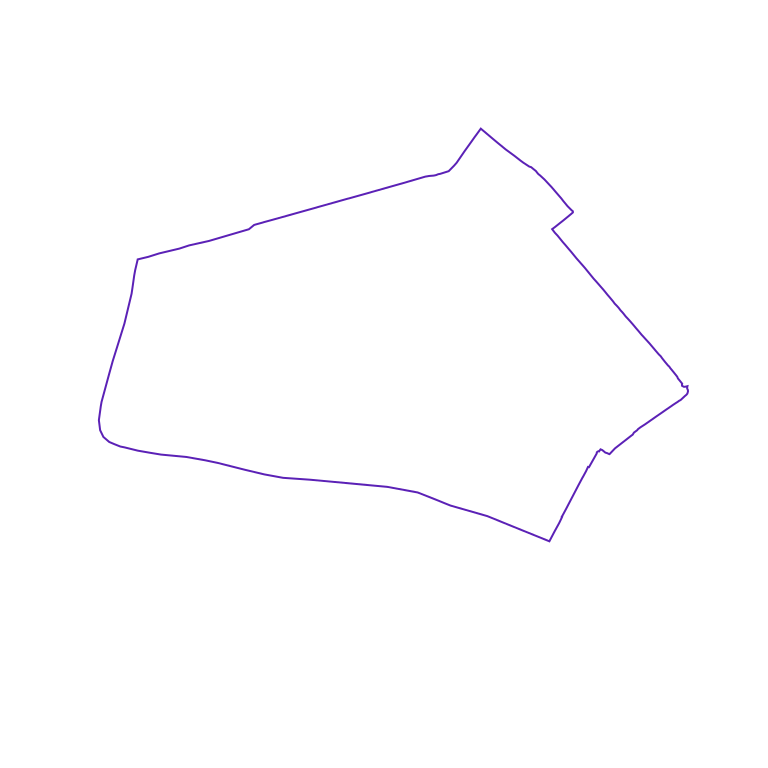 outline of Carcaliu, Tulcea, Romania, rotated 338°
{"feature_id": "2599482B4283959466403", "entity_name": "Carcaliu", "entity_type": "district", "adm_level": 2, "iso_a3": "ROU", "parent_name": "Romania", "parent_adm1": "Tulcea", "projection": "orthographic", "projection_center": [28.166, 45.183], "detail": "fine", "context": "isolated", "style": "outline", "palette": "violet", "viewbox_px": 768, "rotation_deg": 338, "n_neighbors": 0, "source": "geoboundaries", "source_scale": "gbopen_adm2", "svg_char_len": 2878}
<svg xmlns="http://www.w3.org/2000/svg" viewBox="0 0 768 768"><g transform="rotate(338 384 384)"><path d="M478.4,591.8L486.9,584.6L493.9,578.9L495.5,577.5L499.3,574.0L499.1,573.7L500.9,572.3L506.2,567.9L509.7,564.9L513.1,562.0L519.2,556.8L526.7,550.4L533.4,544.8L533.5,544.8L538.7,540.5L542.1,537.3L542.9,537.9L543.3,537.6L555.2,528.1L555.7,527.1L556.7,526.7L558.0,526.7L558.2,527.0L560.3,525.7L561.6,527.0L562.5,528.6L563.5,530.5L565.0,531.7L566.7,533.5L566.8,533.5L567.1,533.4L567.3,533.3L574.1,530.2L577.6,529.2L594.4,524.4L595.4,524.2L595.8,524.0L597.5,522.7L601.4,521.7L602.6,521.0L605.6,520.2L610.9,519.2L624.3,516.1L636.3,513.4L642.7,512.0L643.4,511.8L647.8,510.9L649.6,510.6L650.2,510.4L651.5,510.1L652.8,510.0L653.2,509.9L658.4,507.9L660.3,507.3L660.7,507.1L661.0,506.9L661.6,506.6L662.2,505.9L663.0,504.8L663.2,504.5L663.5,503.3L663.4,501.8L663.6,501.2L664.3,500.0L664.5,499.7L662.9,499.5L661.1,499.0L659.7,497.4L659.9,496.4L660.6,495.4L658.6,488.9L658.6,487.1L656.8,481.0L655.4,476.6L655.0,474.7L654.3,473.3L652.9,469.0L651.9,465.6L651.4,463.8L651.0,462.0L649.9,459.5L648.5,455.4L645.4,445.9L643.1,439.7L641.9,436.4L641.3,434.9L639.8,430.2L638.6,426.7L637.0,421.7L636.5,420.3L635.9,418.5L634.5,414.7L633.4,411.9L632.4,408.4L631.8,406.6L630.9,404.3L630.1,401.3L629.2,398.8L628.0,395.9L627.6,394.3L627.3,393.1L625.6,387.8L624.7,385.2L622.8,379.0L621.2,374.4L619.3,368.9L617.8,364.8L615.8,358.3L613.7,351.5L609.5,339.5L606.9,331.1L606.0,328.5L604.2,323.0L603.0,319.6L602.3,317.3L601.3,314.0L600.5,311.4L599.1,307.8L598.3,304.9L597.9,303.4L601.4,302.5L607.1,300.8L611.6,299.5L621.4,296.4L623.4,295.7L623.8,294.6L623.0,293.1L620.8,287.9L618.8,281.6L617.9,278.3L616.7,274.8L615.1,270.1L613.1,264.1L612.2,261.8L609.4,254.5L606.8,249.0L605.8,247.3L605.3,245.9L604.6,243.4L602.8,240.2L601.7,238.1L600.1,236.8L599.5,235.9L596.1,231.0L594.2,227.9L590.4,221.3L584.7,212.1L579.9,203.3L578.4,200.5L576.8,197.5L569.4,183.5L563.5,187.2L560.4,189.1L555.9,192.0L545.8,198.4L543.4,200.0L534.2,206.1L530.6,207.9L523.7,210.9L514.8,210.2L512.9,209.8L511.5,209.8L510.4,209.8L508.2,209.4L503.7,208.0L502.2,207.7L500.0,207.2L475.0,204.7L474.3,204.6L444.0,201.3L443.5,201.3L421.1,198.8L419.9,198.6L388.2,195.1L387.8,195.1L342.2,190.0L332.9,188.9L332.4,188.9L324.5,188.0L323.1,187.9L319.9,188.9L316.7,189.9L306.6,188.9L275.3,185.8L255.3,182.5L245.0,181.8L224.5,178.7L213.1,177.8L202.3,176.2L201.9,176.8L195.9,185.3L193.0,189.9L186.8,200.6L183.8,205.7L165.9,230.8L158.7,239.6L150.6,249.5L141.0,261.2L133.1,271.5L115.4,294.8L113.1,298.5L106.1,310.7L103.5,320.5L104.0,328.0L107.5,334.8L111.6,338.9L116.1,343.2L119.6,345.5L130.8,353.6L141.1,360.0L150.8,365.9L173.4,377.6L189.7,387.8L200.3,394.9L223.0,411.5L239.2,423.0L255.3,433.2L279.5,445.0L348.5,480.6L374.6,497.2L390.8,512.6L395.4,517.1L400.1,521.6L430.3,545.2L450.5,564.8L478.4,591.8Z" fill="none" stroke="#5b21b6" stroke-width="2"/></g></svg>